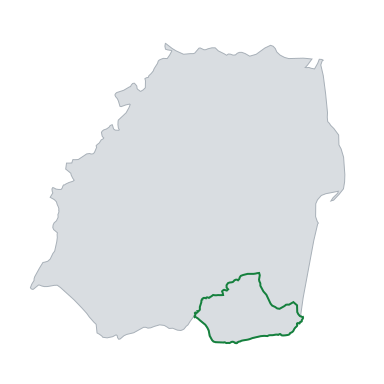 Podlachian highlighted on a map of Poland, rotated 96°
{"feature_id": "POL-3150", "entity_name": "Podlachian", "entity_type": "Voivodeship", "adm_level": 1, "iso_a3": "POL", "parent_name": "Poland", "parent_adm1": "", "projection": "albers", "projection_center": [22.977, 53.341], "detail": "fine", "context": "in_parent", "style": "outline", "palette": "green", "viewbox_px": 384, "rotation_deg": 96, "n_neighbors": 0, "source": "natural_earth", "source_scale": "10m", "svg_char_len": 6017}
<svg xmlns="http://www.w3.org/2000/svg" viewBox="0 0 384 384"><g transform="rotate(96 192 192)"><path d="M329.6,215.4L331.4,218.9L332.0,221.6L331.4,223.8L331.6,226.0L338.1,235.3L340.5,242.1L342.1,244.7L345.7,248.1L346.1,249.5L344.6,250.8L342.6,251.4L342.0,252.6L344.2,255.8L345.9,261.1L345.8,265.5L344.6,266.7L343.1,269.3L342.1,271.7L333.6,273.5L331.6,276.1L327.0,281.1L323.8,283.9L319.1,289.1L311.6,298.0L300.7,312.9L298.8,316.3L299.2,319.1L301.1,325.7L301.5,328.7L301.2,331.5L300.5,333.9L300.6,335.0L305.3,339.6L305.5,340.6L305.1,341.8L304.1,342.7L300.4,341.7L296.4,339.8L295.0,340.0L292.8,339.6L283.8,335.8L277.7,332.9L277.1,331.0L276.0,328.3L273.5,326.0L267.6,323.9L265.2,322.4L255.6,321.3L251.4,321.2L248.4,321.7L246.6,321.6L243.9,325.6L242.0,326.7L239.4,326.7L237.1,325.9L234.8,323.8L231.1,322.5L228.4,323.0L226.4,322.4L224.7,322.3L224.1,322.7L222.7,322.6L220.6,323.5L218.4,324.8L215.9,325.8L214.0,328.1L212.1,332.5L207.5,330.3L205.9,331.1L203.6,331.6L202.1,330.9L202.5,329.4L203.3,327.6L203.4,325.2L203.1,322.4L201.7,321.5L199.5,321.0L198.4,320.5L198.3,319.5L197.2,318.3L195.4,315.3L193.8,311.6L192.6,310.4L190.7,312.1L187.8,313.9L186.0,314.5L182.4,320.0L176.4,319.8L176.1,317.2L175.7,314.6L172.2,313.8L172.2,312.3L171.6,308.5L165.1,300.7L164.4,297.6L164.8,296.5L164.4,294.5L163.0,293.2L157.5,291.5L156.1,292.2L154.8,291.3L153.0,289.4L149.6,287.7L149.2,287.0L148.1,285.6L147.4,285.4L146.9,286.2L145.8,287.2L142.1,288.3L140.8,287.6L139.5,286.3L138.3,283.7L136.3,281.3L134.6,280.4L133.7,279.1L133.5,278.2L137.5,276.6L138.5,274.8L138.3,271.3L137.7,270.8L136.1,271.9L132.8,272.7L129.7,272.9L128.2,272.8L120.1,265.8L114.7,263.5L111.5,262.6L111.1,263.2L112.3,266.9L114.5,271.4L114.3,272.6L109.2,274.7L107.0,276.0L105.1,278.0L103.5,278.8L102.3,278.4L101.0,277.3L98.0,270.6L94.0,265.2L93.6,264.1L92.2,263.7L90.3,262.4L89.8,260.8L90.9,259.4L92.4,258.0L94.9,257.4L95.7,256.6L96.3,255.4L97.3,253.9L97.1,253.3L95.6,251.3L93.2,249.3L86.2,249.9L84.2,250.7L83.2,249.4L82.6,247.5L80.8,247.0L78.6,245.1L75.9,243.3L73.2,242.5L67.6,239.7L65.4,239.3L64.2,238.4L63.1,236.5L62.1,234.5L61.9,230.6L57.9,228.4L53.8,226.8L53.4,227.4L53.2,231.2L52.7,233.3L49.8,234.2L47.0,234.0L47.2,233.4L51.3,226.8L53.3,222.6L55.9,214.8L54.6,208.3L54.3,205.3L53.6,203.8L48.2,200.1L47.9,198.9L49.3,194.9L49.0,193.1L47.9,191.1L46.5,187.2L46.2,184.0L48.9,180.6L51.2,174.4L52.4,171.9L51.0,170.3L50.9,168.2L51.6,165.4L51.1,163.1L49.3,161.5L48.2,159.5L47.9,157.1L48.8,153.5L50.9,148.8L48.3,142.5L41.2,134.6L37.9,129.2L38.6,126.5L40.6,124.2L43.9,122.3L46.7,118.6L48.5,114.0L49.2,109.8L47.3,95.5L47.2,92.0L47.2,86.6L53.7,90.4L56.4,92.4L56.3,90.5L55.9,88.8L56.5,86.5L56.8,83.0L50.8,80.4L46.7,79.3L46.6,76.8L47.2,75.3L48.2,76.3L52.2,77.2L62.6,73.6L80.3,69.4L99.1,65.5L103.4,65.3L107.8,64.4L109.5,62.4L111.2,61.1L114.1,57.5L120.0,52.1L129.8,50.8L133.6,48.2L141.5,44.9L158.8,41.8L166.0,41.3L173.0,41.7L179.0,45.5L185.3,50.3L186.4,52.9L182.9,51.1L177.9,46.9L176.0,46.6L179.7,58.7L181.9,63.0L186.7,66.4L190.8,67.7L203.6,66.5L208.3,64.3L209.7,63.1L210.8,63.7L227.5,65.8L285.6,70.4L302.4,71.0L303.4,70.7L305.1,68.7L307.2,68.9L309.7,70.2L310.8,71.1L311.3,72.1L311.6,73.3L313.0,73.6L315.4,74.5L318.8,76.6L321.4,78.6L323.9,81.5L324.8,84.8L324.8,88.5L324.7,90.9L328.5,109.2L334.4,125.9L336.7,134.0L337.6,138.3L338.4,144.5L338.6,148.9L338.6,151.4L338.2,154.8L336.5,156.8L325.3,162.7L323.1,164.5L319.8,169.0L316.7,173.6L316.0,175.2L315.8,176.3L316.5,177.8L320.6,180.2L324.7,182.2L326.1,183.7L329.1,185.6L330.2,187.2L330.9,188.7L330.9,192.2L329.5,196.9L330.1,200.5L328.8,202.9L327.6,205.6L327.5,210.3L329.6,215.4Z" fill="#d9dde1" stroke="#a8b0b8" stroke-width="1"/><path d="M305.5,68.4L306.2,68.5L307.9,69.4L308.3,69.5L308.9,69.3L309.2,69.4L309.6,69.7L309.7,70.1L309.9,70.5L310.0,70.8L310.4,71.1L311.4,71.2L311.6,71.5L311.5,72.0L311.3,72.5L311.3,73.1L311.8,73.8L312.5,73.8L313.2,73.5L313.8,73.4L314.4,73.6L316.2,75.2L317.4,75.9L319.8,76.8L320.4,77.3L320.9,77.8L321.2,78.2L321.8,79.2L322.0,79.6L322.3,79.8L323.0,80.0L323.3,80.2L323.8,80.9L324.2,81.9L324.5,83.1L324.8,84.2L325.2,86.5L325.2,87.7L324.8,88.5L324.4,88.8L324.3,89.0L324.1,89.2L324.1,89.8L324.2,90.2L324.5,90.6L324.8,90.8L325.0,91.1L325.1,91.3L325.1,91.6L324.9,91.9L325.0,93.4L325.3,94.6L325.7,95.8L326.0,97.1L326.3,99.8L326.7,100.9L327.4,101.9L327.5,105.1L328.2,108.6L330.9,116.5L332.4,119.5L333.0,121.1L334.3,125.9L334.8,127.4L335.4,128.1L335.7,128.8L335.9,129.6L336.3,130.3L336.8,130.9L337.4,131.3L337.7,131.9L337.7,133.2L337.4,133.9L337.0,134.5L336.7,135.2L336.7,136.2L337.0,137.1L337.9,138.3L338.3,139.0L338.3,139.4L338.3,140.0L338.3,140.4L338.6,141.8L338.6,142.2L338.5,142.5L338.2,143.2L338.1,143.6L338.1,144.2L338.2,144.5L338.4,144.7L338.4,145.1L338.8,151.3L338.9,152.8L338.5,155.0L337.3,156.5L333.2,159.4L328.0,160.9L325.3,162.6L322.6,164.9L318.8,170.7L317.6,172.3L317.0,173.2L315.6,176.1L315.9,176.3L315.6,176.5L315.1,176.5L314.1,175.9L313.5,175.8L313.1,176.0L312.6,176.3L312.1,176.5L311.6,176.1L311.7,175.9L311.9,175.4L312.0,175.1L311.1,174.0L310.6,173.7L309.9,174.1L309.6,172.9L308.9,172.2L308.0,171.9L305.5,172.2L300.7,171.2L299.1,171.3L298.3,171.1L297.9,170.5L297.4,170.7L296.8,170.2L296.2,169.5L296.0,168.9L296.2,167.3L296.2,167.0L295.7,166.9L295.5,166.7L295.3,166.3L295.2,165.6L295.2,165.2L295.4,164.8L295.5,164.3L295.4,163.8L295.2,163.5L294.5,163.0L293.9,162.0L292.2,160.2L292.3,159.1L292.2,157.2L291.8,155.4L291.6,152.7L291.2,150.3L289.4,150.8L287.6,151.7L286.7,151.0L285.9,149.9L286.4,147.1L285.0,145.9L283.4,147.6L281.1,147.9L278.9,146.7L278.1,145.2L277.7,143.3L277.3,142.1L276.5,141.3L275.4,140.6L274.6,139.2L274.5,137.9L275.0,137.0L273.6,135.9L271.9,135.6L270.3,134.7L269.2,132.5L267.6,128.1L267.0,122.3L266.5,120.3L265.9,118.6L265.5,116.8L267.7,115.9L272.1,116.2L274.0,115.6L274.9,114.9L275.8,114.5L278.1,114.2L283.4,110.6L286.4,107.3L294.8,102.2L296.6,100.4L297.6,97.4L298.9,95.1L299.0,92.7L295.8,88.2L294.3,86.7L294.0,85.3L293.9,83.7L290.9,79.7L293.7,75.7L300.4,74.8L302.4,73.5L304.1,71.7L304.8,69.2L304.7,68.8L304.8,68.8L305.5,68.4Z" fill="none" stroke="#15803d" stroke-width="2"/></g></svg>